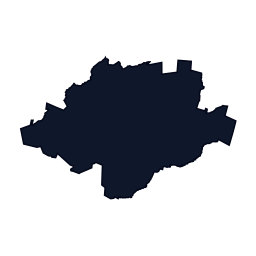 outline of Bachíniva, Chihuahua, Mexico, rotated 95°
{"feature_id": "50627088B52742808482976", "entity_name": "Bachíniva", "entity_type": "district", "adm_level": 2, "iso_a3": "MEX", "parent_name": "Mexico", "parent_adm1": "Chihuahua", "projection": "albers", "projection_center": [-107.312, 28.853], "detail": "fine", "context": "isolated", "style": "filled", "palette": "ink", "viewbox_px": 256, "rotation_deg": 95, "n_neighbors": 0, "source": "geoboundaries", "source_scale": "gbopen_adm2", "svg_char_len": 5705}
<svg xmlns="http://www.w3.org/2000/svg" viewBox="0 0 256 256"><g transform="rotate(95 128 128)"><path d="M138.1,234.8L153.0,230.5L155.1,217.0L153.9,213.3L160.1,210.2L162.6,204.7L162.6,202.4L163.0,201.0L163.7,201.1L163.8,197.5L159.5,196.0L169.9,182.2L170.1,181.1L170.4,180.3L170.6,179.4L171.0,179.1L171.9,179.1L172.5,179.2L173.4,180.7L174.1,181.4L174.7,181.4L175.3,181.2L175.6,180.9L175.8,178.9L177.5,172.9L177.5,172.7L177.2,172.6L176.1,170.7L170.8,160.7L167.1,160.6L166.5,160.5L166.6,159.1L165.1,156.9L167.2,150.2L187.0,149.1L189.3,145.6L197.0,145.5L199.9,139.1L199.2,136.0L197.7,135.3L199.2,131.7L197.6,131.0L198.1,129.8L197.4,129.5L197.9,128.4L197.7,127.8L197.8,127.8L197.8,127.5L197.4,126.9L197.7,126.6L197.9,126.6L197.6,125.5L197.8,124.6L197.4,123.6L197.2,122.4L197.3,122.1L197.3,121.7L196.7,121.1L196.6,120.4L196.6,120.1L196.9,119.8L197.0,119.2L196.8,118.5L195.7,118.5L194.4,117.3L193.1,117.3L192.0,116.1L188.6,113.0L189.0,112.6L187.9,111.3L187.8,110.9L187.9,110.3L186.9,109.1L186.5,108.1L186.4,107.9L186.6,107.7L185.3,106.6L185.6,106.3L185.5,106.1L185.7,105.9L185.6,105.6L185.1,105.0L184.7,105.1L184.6,104.8L184.6,104.6L184.1,104.7L183.7,104.5L183.4,104.7L182.2,104.7L181.6,104.2L180.3,102.6L177.9,101.5L177.3,100.9L176.1,100.7L175.4,100.2L173.5,99.6L173.0,99.3L172.1,99.2L171.8,98.9L169.6,98.4L169.5,98.0L169.3,95.0L168.5,93.8L167.7,93.4L167.3,93.4L165.9,92.2L166.3,90.0L163.3,89.6L163.2,88.8L163.1,88.4L163.4,87.4L163.2,86.9L163.2,86.5L163.6,86.0L163.7,85.6L163.2,84.9L163.1,84.7L163.3,83.9L163.2,82.9L163.0,82.5L162.9,82.5L162.7,82.5L162.5,83.0L161.7,83.0L161.3,82.8L161.3,82.2L160.9,82.4L161.1,81.2L160.7,79.0L160.8,78.7L160.7,77.8L161.0,76.6L161.4,76.2L161.4,75.6L161.7,75.3L161.8,73.6L162.1,73.1L162.0,72.5L161.5,71.1L161.1,71.4L160.7,71.3L160.4,71.3L160.3,71.1L160.8,70.3L160.8,69.9L160.7,69.5L160.2,68.9L159.8,68.6L159.8,68.4L160.0,68.3L159.9,68.0L159.4,68.1L159.0,67.8L158.8,67.3L158.7,66.9L158.4,66.6L158.2,66.1L158.6,66.0L158.5,65.7L158.2,65.7L157.6,65.3L156.9,64.1L156.9,63.9L156.7,63.7L156.7,63.3L156.0,62.8L156.1,62.5L155.9,62.3L156.0,61.8L155.9,61.2L155.5,60.9L155.5,60.5L155.5,60.1L155.2,59.9L154.6,60.0L154.6,59.6L154.4,59.5L153.8,59.6L153.7,59.3L153.7,58.9L153.6,58.7L153.7,58.4L153.6,58.0L153.0,58.2L152.5,58.1L152.6,57.9L151.9,56.9L151.7,56.6L151.4,56.5L151.4,56.3L151.0,56.1L150.9,55.7L149.9,54.9L149.7,54.0L149.4,53.7L148.8,53.5L147.5,53.3L146.8,53.0L146.3,52.6L145.6,52.4L145.0,52.7L144.6,52.7L142.2,52.2L141.6,52.3L140.4,52.3L139.6,51.4L138.7,51.4L138.4,50.8L137.9,50.5L136.9,48.4L136.4,47.6L136.3,45.7L135.3,43.9L134.5,43.4L134.0,41.0L134.1,40.3L134.0,39.1L133.7,37.8L131.5,36.9L136.3,25.7L122.4,23.0L111.6,21.2L107.5,32.5L97.6,30.8L97.6,35.1L97.4,35.4L98.7,37.0L99.7,39.6L100.6,41.1L100.7,41.8L101.2,42.0L102.5,42.9L104.1,44.6L104.4,44.9L105.0,46.5L105.9,47.8L106.2,49.4L106.0,51.4L103.7,50.8L102.4,50.8L101.9,52.3L104.3,52.8L102.6,61.5L95.6,60.0L94.6,59.2L94.2,59.2L89.6,59.3L88.2,59.9L83.5,59.2L82.1,56.2L80.5,55.8L79.5,57.7L76.2,58.1L76.0,58.9L74.7,58.8L74.5,59.4L72.0,59.4L71.6,59.1L71.4,59.1L71.3,59.4L70.9,59.6L69.7,59.3L68.5,59.3L67.0,59.6L65.2,69.4L65.4,70.6L56.1,70.8L56.2,84.0L68.2,83.9L71.5,99.0L59.8,100.1L63.3,112.5L62.9,114.6L62.6,114.6L62.4,113.8L60.6,112.2L60.2,112.0L60.3,113.0L60.5,114.2L60.9,114.8L60.9,115.1L61.2,115.2L61.6,116.1L61.6,117.9L62.2,118.5L62.8,118.6L62.9,118.8L62.8,119.4L63.6,120.1L63.6,121.1L64.1,122.7L65.0,123.4L65.8,124.2L65.6,124.9L65.8,125.1L65.6,125.5L65.8,125.8L65.8,126.3L66.8,128.9L66.7,129.1L66.4,129.5L66.7,130.0L66.8,130.0L66.8,130.3L66.0,131.2L66.1,131.8L65.9,132.0L66.5,132.9L66.4,133.6L67.0,134.1L67.3,134.1L67.9,134.7L68.6,136.0L69.4,137.1L69.7,138.3L69.5,139.0L68.6,139.3L68.2,139.2L67.9,139.4L67.8,139.7L67.1,140.4L66.9,140.9L66.3,141.0L66.1,141.1L65.9,141.5L65.5,141.6L64.6,141.4L63.7,141.9L63.7,142.3L63.0,142.7L62.8,143.1L62.8,143.3L63.1,143.6L63.5,143.7L64.3,144.9L64.7,145.3L65.2,146.1L66.2,147.2L66.5,147.9L66.7,148.2L66.6,149.2L66.7,149.6L66.5,150.7L66.7,150.9L66.9,151.6L66.8,151.8L66.6,153.1L66.5,153.4L65.5,153.4L64.2,153.7L63.1,153.6L62.3,153.4L62.0,153.5L61.5,153.8L61.1,154.6L60.8,155.9L60.4,156.1L60.2,156.4L60.3,156.5L59.9,156.7L60.7,156.9L61.6,157.9L62.0,158.2L62.4,158.3L62.6,159.0L63.1,159.1L63.8,159.6L63.9,159.8L64.0,160.3L64.7,160.4L64.9,160.8L64.7,161.7L64.8,162.0L66.4,163.7L67.0,164.1L67.5,164.9L68.1,165.2L68.7,166.1L68.9,166.2L70.1,167.5L70.3,167.7L71.0,167.7L71.4,168.0L71.8,168.0L71.9,168.6L72.2,168.8L73.3,169.0L73.9,169.2L73.9,169.4L75.3,169.6L76.1,169.3L76.8,168.7L78.2,168.6L78.4,168.4L78.7,168.4L80.5,169.7L82.0,169.6L82.6,169.1L82.9,169.1L83.2,169.6L83.6,169.7L83.9,170.0L84.3,171.4L84.9,172.2L85.5,172.5L86.1,173.2L86.4,175.0L86.6,175.2L87.1,175.2L87.8,175.5L88.0,177.1L88.8,177.5L89.0,177.3L89.3,177.5L90.0,178.3L90.2,180.2L90.0,182.0L89.8,182.4L90.1,183.3L90.1,183.8L89.3,184.7L88.8,185.0L88.4,185.5L88.4,185.8L89.4,186.1L89.6,186.3L89.8,186.5L91.0,187.4L91.7,188.1L92.5,188.3L93.0,188.9L93.0,189.2L93.3,189.9L93.5,190.0L93.7,189.4L94.0,189.5L94.9,190.8L95.2,191.9L95.6,192.5L96.9,192.7L97.8,193.4L98.0,193.4L98.6,192.8L99.3,192.6L100.8,193.1L101.5,192.6L101.7,192.1L101.9,192.0L102.3,192.0L102.5,192.2L102.8,192.0L103.0,192.3L104.0,193.1L105.3,193.3L105.7,193.6L106.0,194.1L111.8,190.2L116.1,193.8L115.5,195.2L113.9,200.6L110.4,211.0L116.3,211.3L116.6,208.7L117.0,209.2L117.4,209.0L119.3,210.4L120.4,211.9L121.2,211.9L121.7,211.7L122.1,211.7L123.5,212.5L125.2,212.7L126.4,213.5L126.7,213.6L127.5,214.1L127.8,214.7L128.5,215.3L128.5,216.1L128.7,216.7L128.8,217.9L129.3,218.3L129.7,219.0L130.6,219.4L130.7,219.7L131.5,220.7L132.0,221.7L133.6,223.0L133.5,223.5L133.0,224.0L128.6,223.3L128.7,224.9L133.8,225.5L138.1,234.8Z" fill="#0f172a" stroke="#020617" stroke-width="1.5"/></g></svg>